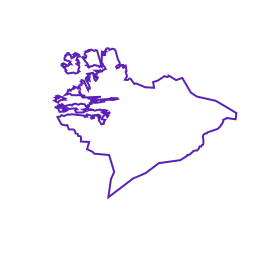 Åfjord nor, Sør-Trøndelag, Norway (Albers equal-area conic projection), rotated 29°
{"feature_id": "86288312B63643757450384", "entity_name": "Åfjord nor", "entity_type": "district", "adm_level": 2, "iso_a3": "NOR", "parent_name": "Norway", "parent_adm1": "Sør-Trøndelag", "projection": "albers", "projection_center": [10.134, 63.948], "detail": "fine", "context": "isolated", "style": "outline", "palette": "violet", "viewbox_px": 256, "rotation_deg": 29, "n_neighbors": 0, "source": "geoboundaries", "source_scale": "gbopen_adm2", "svg_char_len": 5552}
<svg xmlns="http://www.w3.org/2000/svg" viewBox="0 0 256 256"><g transform="rotate(29 128 128)"><path d="M102.5,166.4L108.5,166.0L111.0,166.8L124.6,160.8L137.2,173.1L137.9,181.1L144.4,198.1L156.9,169.7L165.2,159.0L172.0,143.8L189.3,130.8L193.5,123.1L193.2,122.9L195.0,121.0L196.5,116.2L199.4,113.9L199.9,111.6L199.6,109.4L201.0,108.7L200.9,107.2L201.6,106.5L201.6,105.5L199.8,101.9L197.8,99.7L197.2,97.6L198.2,95.4L199.6,94.3L199.7,93.2L206.9,85.3L208.1,81.4L207.8,80.7L208.3,78.3L208.1,76.1L207.3,74.8L209.2,72.4L209.3,71.5L217.9,68.2L215.5,62.4L201.6,61.9L191.4,61.7L173.1,67.1L165.9,66.6L151.2,57.9L146.9,62.8L138.5,62.4L138.0,62.5L138.3,63.5L137.4,64.5L134.7,65.0L131.1,72.1L127.7,75.6L131.3,80.2L123.3,84.0L113.4,85.1L112.1,86.4L106.5,83.7L105.3,84.0L104.5,86.2L101.9,87.3L102.1,83.3L98.7,79.9L99.1,78.9L95.7,74.5L95.0,75.2L95.3,76.6L94.7,77.6L93.3,76.7L93.5,75.6L93.2,75.2L91.3,76.5L90.9,79.2L89.2,81.2L87.9,80.2L88.2,78.9L89.7,76.5L89.3,75.1L85.6,72.6L79.8,66.6L77.9,65.7L75.6,66.4L74.0,68.8L72.5,67.7L70.6,68.9L71.0,71.0L70.6,70.7L70.5,71.8L71.6,71.8L71.0,72.3L72.6,75.2L71.8,75.9L71.9,76.6L71.3,75.7L71.0,76.1L71.1,74.9L69.8,73.8L68.0,73.5L70.1,74.8L70.5,75.7L71.6,77.0L68.9,75.3L73.2,83.5L75.2,84.4L75.8,86.0L77.4,85.6L79.9,87.4L78.2,89.0L77.8,91.2L76.6,91.0L76.8,91.8L76.5,92.2L76.0,91.9L76.2,91.3L75.7,91.2L75.8,92.6L73.9,92.4L71.5,93.8L74.8,94.3L74.6,96.3L73.3,96.8L75.0,99.3L76.2,98.1L77.1,98.4L77.3,99.2L76.6,99.8L77.2,100.8L76.9,102.4L75.4,102.0L70.6,96.7L68.7,98.3L69.0,99.3L67.4,99.3L66.1,100.5L69.8,101.9L70.1,103.7L71.5,105.3L70.3,105.5L67.5,103.0L67.0,104.3L67.3,105.8L72.2,108.8L75.3,111.4L75.4,112.3L74.0,112.5L74.6,114.1L66.5,108.1L64.2,108.6L64.6,109.4L64.2,110.3L66.7,111.0L66.3,112.1L66.5,112.9L65.2,113.0L64.8,114.4L66.8,116.8L65.2,116.6L65.4,117.5L65.0,117.8L64.6,117.4L64.8,115.8L63.8,117.5L61.3,117.8L62.1,118.3L62.1,119.3L61.6,120.0L60.6,119.3L60.6,120.9L59.8,121.8L59.8,123.0L58.3,122.7L58.2,124.2L57.3,124.0L57.9,126.9L57.2,129.3L60.6,126.1L62.9,126.6L70.5,122.4L68.2,120.6L67.1,118.8L71.1,121.9L75.0,120.6L72.6,122.9L73.7,123.3L89.2,113.8L78.3,121.9L85.2,118.5L83.8,120.7L82.3,121.3L82.5,122.3L83.7,122.1L86.4,120.4L87.0,120.6L87.6,119.9L87.0,119.4L88.7,117.5L99.1,110.6L97.8,110.6L104.2,107.1L105.1,107.4L101.3,110.8L95.8,113.5L93.7,116.2L94.1,116.5L91.8,117.8L92.2,118.2L87.6,121.6L86.5,120.7L85.3,121.8L85.7,122.4L83.7,123.0L84.0,123.5L83.0,124.3L84.1,124.6L81.5,127.4L82.7,126.9L83.0,127.4L80.6,129.4L78.6,128.3L74.8,129.7L73.3,131.8L70.4,132.1L68.5,133.8L68.2,135.5L66.5,135.4L61.7,139.8L58.7,139.0L58.4,140.3L56.9,140.8L56.0,142.2L55.1,142.1L56.0,142.7L58.4,140.4L60.7,140.4L58.6,142.4L59.0,143.1L53.7,145.1L57.6,144.9L60.3,147.1L63.9,144.6L62.7,144.2L60.9,142.2L61.1,142.0L64.4,140.7L64.7,141.2L64.3,141.9L62.9,142.0L63.2,143.1L64.5,143.0L64.2,143.7L64.5,144.4L66.5,141.8L65.0,140.1L67.5,139.7L73.0,136.0L73.9,136.2L73.3,136.6L74.0,136.7L73.4,137.2L73.3,138.3L75.3,139.5L81.3,136.1L81.9,135.1L80.9,135.3L82.3,134.4L81.1,134.7L82.7,133.6L79.7,133.7L82.3,131.8L82.0,131.6L82.5,131.2L81.9,129.8L82.8,128.2L83.4,128.2L83.3,129.5L84.0,130.6L84.9,130.8L83.9,131.7L85.7,130.9L85.4,130.5L86.4,129.7L86.8,130.3L88.0,129.6L88.0,130.2L88.2,129.2L90.3,129.1L94.7,125.3L95.7,125.5L94.8,126.3L98.4,123.7L100.9,123.1L100.2,124.4L98.3,125.1L98.1,125.7L98.4,126.1L97.8,126.9L99.1,127.1L99.8,125.9L101.8,125.5L101.9,124.7L103.2,125.0L104.4,122.6L104.2,124.1L105.1,123.7L103.4,125.5L104.9,126.7L104.6,128.5L103.3,127.7L103.6,126.5L102.9,125.9L101.3,126.7L100.5,131.3L101.0,133.0L104.2,131.9L104.0,134.3L104.5,134.9L104.1,135.9L104.6,136.2L103.0,137.7L98.7,135.4L98.7,134.2L97.9,133.9L98.4,132.9L97.8,132.9L98.3,131.9L98.0,131.0L96.9,131.5L96.4,132.8L95.3,132.4L96.3,130.7L95.7,130.7L92.7,132.9L93.1,133.2L92.8,134.2L93.4,135.7L91.6,137.5L90.9,137.2L92.7,135.3L91.9,134.6L92.1,133.4L91.2,133.8L91.3,134.8L85.4,136.1L85.3,136.8L86.6,137.9L84.7,138.4L85.7,139.6L83.4,138.5L72.0,143.3L70.3,144.9L68.9,145.1L66.3,148.5L63.6,149.0L63.4,150.5L61.0,152.6L68.0,157.1L72.0,156.1L73.5,154.9L76.8,157.9L81.2,155.7L82.6,156.0L84.8,158.1L87.0,157.7L88.3,159.1L90.4,158.3L91.5,159.0L93.3,162.7L100.8,159.1L102.5,166.4ZM63.4,75.3L61.9,75.6L61.3,76.9L57.8,77.2L57.1,78.4L55.6,78.9L55.5,79.8L54.4,81.0L55.8,80.7L54.4,82.3L54.1,83.9L54.4,84.9L56.6,85.2L57.1,86.7L56.6,87.6L55.3,87.4L55.3,88.0L53.4,88.0L53.1,88.1L55.1,88.1L55.1,88.4L55.4,88.8L55.2,88.1L56.0,88.3L56.2,88.9L55.4,89.0L62.2,91.9L62.4,92.5L61.5,93.3L63.5,93.2L63.8,94.1L64.3,94.2L64.7,93.6L63.6,93.2L66.9,91.2L67.9,89.3L71.4,88.2L73.5,88.5L73.9,87.4L74.8,87.4L73.7,86.6L73.0,84.8L63.4,75.3ZM49.2,87.7L45.9,87.9L46.6,88.8L45.6,88.5L45.0,89.5L45.9,89.1L45.6,90.6L46.6,91.0L46.3,91.4L46.6,92.4L45.8,91.4L45.6,92.1L46.2,92.4L44.8,94.4L42.7,92.2L40.3,92.2L40.2,91.3L39.6,91.3L39.0,91.8L40.2,92.6L38.4,93.5L38.1,94.7L38.9,94.6L38.4,97.2L39.5,99.2L45.1,97.9L44.9,98.4L45.3,98.9L47.4,99.8L45.6,100.5L46.0,100.8L45.5,102.6L44.1,103.4L43.6,105.6L43.7,106.5L47.0,107.9L45.7,107.8L45.6,108.5L47.5,109.3L48.8,109.6L53.7,105.8L55.5,105.9L56.8,104.7L57.4,103.8L57.0,103.2L58.1,102.1L56.4,101.5L55.7,97.8L54.4,96.9L52.5,97.2L52.1,97.0L53.6,96.0L53.2,95.8L53.7,94.9L52.2,94.8L52.9,94.0L51.5,92.8L50.0,93.5L49.3,89.8L52.1,88.4L49.6,89.5L49.7,88.6L48.9,88.4L49.2,87.7ZM58.6,132.8L51.2,133.5L50.4,134.3L53.0,135.1L52.3,136.3L50.3,136.0L50.6,136.4L50.0,136.8L50.8,136.9L51.4,138.3L50.3,139.8L54.6,139.8L54.5,138.4L55.7,136.0L59.3,133.7L58.0,133.5L58.6,132.8ZM44.0,102.7L40.1,102.7L39.0,104.3L39.6,105.5L40.8,104.8L40.9,105.6L42.7,106.3L44.0,102.7Z" fill="none" stroke="#5b21b6" stroke-width="2"/></g></svg>